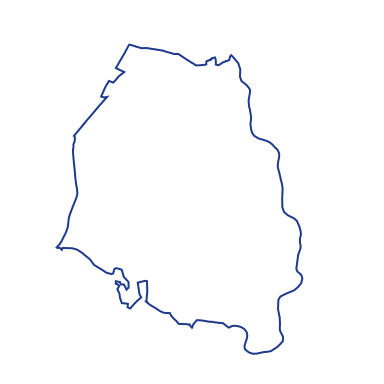 outline of Pelču pag., Kuldigas, Latvia, rotated 14°
{"feature_id": "27541924B78611617538916", "entity_name": "Pelču pag.", "entity_type": "district", "adm_level": 2, "iso_a3": "LVA", "parent_name": "Latvia", "parent_adm1": "Kuldigas", "projection": "albers", "projection_center": [21.992, 56.908], "detail": "fine", "context": "isolated", "style": "outline", "palette": "blue", "viewbox_px": 384, "rotation_deg": 14, "n_neighbors": 0, "source": "geoboundaries", "source_scale": "gbopen_adm2", "svg_char_len": 5082}
<svg xmlns="http://www.w3.org/2000/svg" viewBox="0 0 384 384"><g transform="rotate(14 192 192)"><path d="M77.2,271.7L77.1,272.0L76.6,273.5L76.3,274.4L75.9,275.3L75.5,276.0L74.7,277.5L74.1,278.6L74.6,278.8L77.2,278.2L79.7,279.6L79.9,277.6L87.0,276.1L89.1,275.6L94.3,275.7L100.9,277.9L101.9,278.6L102.9,279.1L106.5,280.7L108.8,281.8L109.2,282.0L113.7,285.7L114.7,286.5L116.7,287.1L124.6,289.6L124.8,289.7L125.0,289.8L126.1,290.1L128.1,291.0L133.4,291.1L135.2,290.2L135.3,285.6L136.6,284.3L138.6,284.2L138.8,284.2L142.0,284.3L142.5,284.4L143.1,285.2L145.2,288.9L146.3,290.8L152.0,294.6L152.2,294.8L152.3,295.1L153.6,300.2L153.4,300.3L152.1,302.6L148.4,298.2L145.1,298.9L144.9,298.6L144.0,296.8L139.7,297.0L140.3,299.5L142.1,299.6L144.1,300.9L143.1,304.3L145.6,307.4L146.4,308.6L147.7,312.1L150.8,316.8L154.6,316.2L156.9,316.1L157.4,319.4L159.7,320.0L160.4,319.8L160.3,319.4L160.6,319.2L160.8,318.8L160.9,318.7L162.7,315.1L164.5,311.9L168.2,306.5L165.6,303.7L165.4,302.9L164.5,300.9L161.3,293.1L164.4,291.4L164.8,291.2L168.1,289.5L169.9,289.4L172.7,299.5L174.1,308.4L174.1,308.9L175.4,309.8L175.3,310.0L175.1,310.0L176.9,311.0L179.4,311.9L181.8,312.7L183.4,313.1L185.4,313.7L187.3,314.5L189.1,315.1L191.8,315.7L193.0,315.9L194.1,315.9L195.5,315.8L197.9,315.3L198.8,315.1L199.7,314.9L199.7,315.0L200.8,316.1L202.2,317.4L205.7,319.8L207.8,320.8L211.0,323.2L215.1,322.2L215.7,322.3L217.8,321.6L221.4,321.5L221.7,321.1L222.5,322.1L222.8,322.3L223.1,322.5L224.7,323.7L225.0,323.6L224.9,323.2L225.0,322.0L225.0,321.1L225.3,320.2L225.7,319.0L226.7,317.2L227.8,315.1L231.3,314.5L232.4,314.3L241.0,313.6L242.0,313.2L244.6,313.0L250.0,312.4L251.3,312.2L252.3,312.0L253.7,311.8L258.0,313.7L258.9,314.1L260.6,314.7L263.5,312.2L265.7,311.5L269.3,311.0L273.2,311.4L276.4,312.6L279.2,315.1L280.4,318.0L280.7,320.7L280.3,325.8L280.2,328.8L281.3,331.6L283.5,332.9L286.7,334.0L290.2,334.2L293.8,333.2L297.3,331.5L300.4,329.9L303.6,328.9L307.1,327.3L308.0,326.3L310.4,323.8L312.3,321.7L314.1,318.8L316.2,314.9L315.8,312.1L315.3,310.5L314.1,308.9L311.6,306.2L310.9,305.0L310.1,303.0L309.4,299.1L307.5,292.7L305.4,288.3L303.7,284.5L301.9,275.6L303.1,272.0L307.6,268.1L314.9,262.7L318.1,258.2L320.0,254.0L320.0,249.2L318.1,246.0L313.4,243.6L311.8,241.3L310.5,229.6L310.2,227.0L310.9,221.1L310.5,218.3L308.7,214.1L308.1,211.5L308.0,207.0L307.0,204.0L304.6,199.7L300.8,194.7L297.4,192.9L290.6,191.4L286.2,189.2L283.3,184.9L281.9,179.5L281.0,176.1L279.1,166.8L278.0,163.9L276.4,160.6L275.5,159.1L274.5,157.1L274.0,156.0L273.4,154.9L271.6,151.4L270.5,149.6L269.2,147.0L268.9,146.1L268.8,145.0L268.6,144.0L268.2,140.9L268.2,139.0L267.8,135.3L266.8,132.8L264.7,130.3L261.0,128.2L258.7,126.6L257.6,126.0L257.4,126.0L255.6,125.1L251.9,124.3L243.4,123.9L238.7,122.4L236.2,120.2L234.2,117.0L232.7,113.0L232.3,112.2L231.4,105.5L228.6,98.7L226.5,94.8L224.8,89.5L224.1,81.0L223.6,78.9L221.9,77.1L218.4,74.7L213.2,72.4L210.7,68.6L209.2,61.4L205.7,55.8L199.9,51.6L197.0,49.8L196.4,50.8L196.3,51.1L196.3,51.4L196.1,55.1L194.1,56.5L193.2,56.6L192.9,57.2L192.4,57.6L191.5,58.2L190.4,58.9L190.2,59.2L189.5,60.0L189.4,60.2L188.9,60.8L188.4,61.3L187.6,61.9L187.0,62.4L186.8,62.6L186.7,62.6L184.3,62.6L184.1,61.7L183.6,59.8L183.4,59.2L183.1,58.3L182.8,57.5L182.5,57.0L182.1,56.3L181.8,55.9L181.1,56.2L179.7,57.1L179.4,57.2L179.3,57.3L179.3,57.6L178.9,57.8L178.7,57.7L178.5,57.9L178.5,58.4L178.4,58.4L178.3,58.2L178.1,58.3L178.0,58.6L178.1,59.4L178.0,59.5L177.8,59.4L177.3,59.8L176.9,59.8L176.6,60.0L176.2,60.5L175.6,60.7L175.5,60.9L174.8,61.3L174.7,61.6L174.3,62.0L175.0,64.7L173.6,65.5L168.2,67.4L167.1,67.7L164.9,68.2L162.9,67.3L161.3,66.8L161.0,66.8L159.4,66.3L158.3,65.9L154.3,64.6L151.3,63.5L145.4,61.4L145.1,61.4L144.9,61.4L141.6,62.4L141.2,62.4L138.7,62.3L135.1,62.2L130.7,62.0L130.4,61.8L124.6,62.3L122.8,62.4L122.6,62.5L121.9,62.5L121.1,62.6L119.8,62.7L117.8,62.9L116.6,63.0L115.2,63.1L113.9,63.2L113.0,63.3L111.7,63.7L111.3,63.8L110.7,64.0L109.8,64.3L107.8,64.7L107.3,64.6L102.5,64.5L102.4,64.4L98.6,64.2L96.1,64.1L95.9,64.1L95.4,64.1L95.6,64.2L95.3,64.4L93.8,70.3L93.2,72.9L90.4,82.3L88.2,90.2L97.2,92.0L92.7,97.8L90.8,102.0L89.4,104.3L89.0,104.9L84.6,104.3L82.6,110.8L82.2,113.0L81.5,117.3L81.0,119.3L80.8,121.4L83.9,121.5L86.6,120.3L80.9,131.2L75.9,141.4L70.4,152.3L70.6,152.3L68.4,156.8L64.0,165.9L64.3,165.9L65.4,167.9L65.9,171.9L65.5,173.2L65.5,175.1L66.4,178.1L66.1,179.0L66.2,179.7L66.5,180.6L66.8,181.6L67.0,182.5L67.3,183.4L67.4,183.8L68.0,185.4L68.7,187.5L69.6,190.1L72.5,198.1L72.7,198.7L73.7,201.6L73.7,201.8L74.4,203.5L74.5,204.0L75.2,206.1L76.1,208.4L77.4,211.8L77.6,212.2L79.5,216.6L79.9,217.4L80.0,217.8L80.2,218.5L80.7,219.8L80.9,220.3L81.0,220.8L81.1,221.3L81.1,221.5L81.2,222.1L81.3,222.6L81.3,223.2L81.3,223.8L81.2,225.2L80.8,228.7L80.6,230.1L80.3,232.2L80.2,233.0L79.9,235.0L79.4,239.1L79.3,240.5L79.1,241.8L78.9,243.2L78.9,244.6L78.8,246.0L78.9,247.5L79.0,248.9L79.2,250.0L79.2,250.3L79.5,252.4L79.7,253.7L79.7,254.2L79.8,255.1L79.9,256.4L79.9,257.1L79.8,257.8L79.7,259.1L79.6,260.5L79.4,261.9L79.2,263.1L78.7,265.1L78.3,266.9L77.2,271.7Z" fill="none" stroke="#1e3a8a" stroke-width="2"/></g></svg>